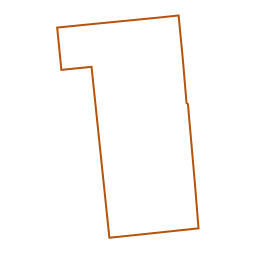 Miami, Indiana, United States of America (Robinson projection), rotated 175°
{"feature_id": "52423323B68202154434089", "entity_name": "Miami", "entity_type": "district", "adm_level": 2, "iso_a3": "USA", "parent_name": "United States of America", "parent_adm1": "Indiana", "projection": "robinson", "projection_center": [-86.062, 40.781], "detail": "fine", "context": "isolated", "style": "outline", "palette": "amber", "viewbox_px": 256, "rotation_deg": 175, "n_neighbors": 0, "source": "geoboundaries", "source_scale": "gbopen_adm2", "svg_char_len": 323}
<svg xmlns="http://www.w3.org/2000/svg" viewBox="0 0 256 256"><g transform="rotate(175 128 128)"><path d="M67.8,235.7L83.0,235.4L129.2,234.9L159.4,234.6L189.8,234.2L189.3,191.7L159.0,192.1L156.1,20.3L66.5,21.9L66.2,64.4L66.2,146.5L67.5,147.8L67.4,192.8L67.8,235.7Z" fill="none" stroke="#b45309" stroke-width="2"/></g></svg>